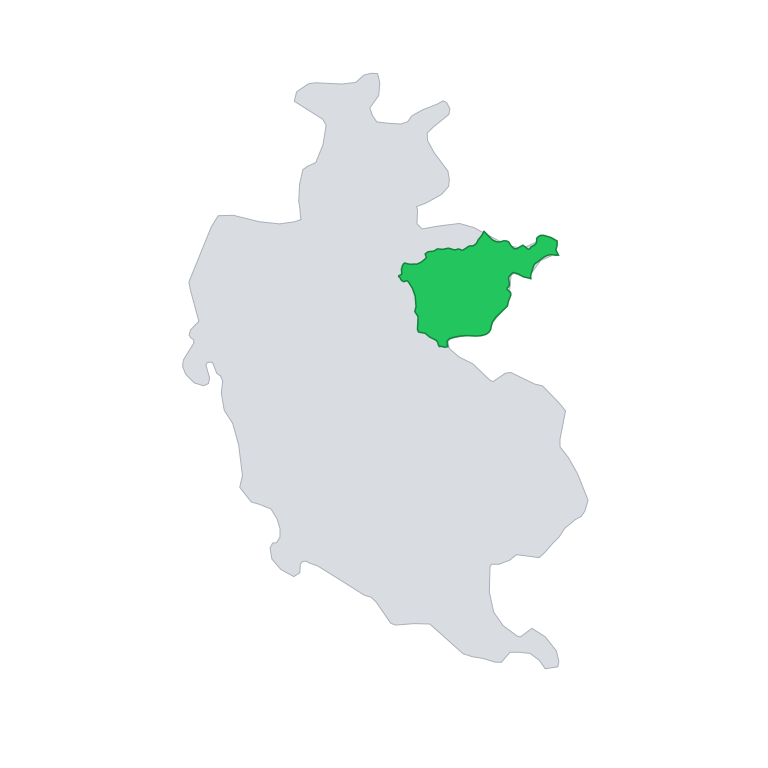 Ticino on a map of Switzerland (orthographic projection), rotated 260°
{"feature_id": "CHE-168", "entity_name": "Ticino", "entity_type": "Canton", "adm_level": 1, "iso_a3": "CHE", "parent_name": "Switzerland", "parent_adm1": "", "projection": "orthographic", "projection_center": [8.86, 46.227], "detail": "fine", "context": "in_parent", "style": "filled", "palette": "green", "viewbox_px": 768, "rotation_deg": 260, "n_neighbors": 0, "source": "natural_earth", "source_scale": "10m", "svg_char_len": 4686}
<svg xmlns="http://www.w3.org/2000/svg" viewBox="0 0 768 768"><g transform="rotate(260 384 384)"><path d="M564.6,238.6L568.7,241.2L578.5,249.9L576.3,264.9L565.5,289.2L559.8,308.9L559.3,323.9L560.4,330.9L562.4,330.8L573.0,331.8L578.4,331.7L595.5,335.6L609.3,341.4L612.0,347.6L613.9,355.3L630.3,365.5L649.0,372.0L655.3,369.7L678.0,344.8L687.0,348.7L692.7,361.6L692.6,368.5L686.7,394.6L685.9,408.6L691.6,417.7L692.3,424.9L690.8,431.5L681.5,432.2L669.0,428.9L658.3,417.9L650.3,419.3L643.5,422.3L640.1,433.0L637.1,445.8L638.2,452.8L643.3,458.1L647.3,469.7L650.3,484.6L652.6,491.4L650.3,494.5L643.7,496.7L638.2,494.7L628.4,477.0L623.8,470.2L616.3,469.1L603.0,473.6L582.6,483.9L574.3,483.9L567.3,481.9L560.7,473.5L555.0,457.1L553.1,446.9L549.2,447.2L536.1,444.3L530.1,448.4L530.1,465.2L529.0,486.1L522.5,499.6L504.2,523.0L497.5,533.2L494.8,540.5L494.3,546.9L497.1,557.9L501.0,568.4L497.8,574.3L488.0,577.5L481.2,571.1L478.5,559.8L463.6,544.3L470.4,531.3L469.3,528.1L444.8,521.3L434.2,511.5L419.5,494.2L416.8,486.8L417.5,462.9L416.7,457.1L414.8,454.2L407.6,454.4L397.6,462.6L388.4,475.0L369.4,488.9L367.4,491.8L373.6,505.6L373.3,510.9L357.7,532.5L354.7,539.7L335.0,553.1L326.0,558.1L299.0,547.7L291.5,546.4L279.3,552.9L262.0,559.0L234.2,564.8L224.2,559.9L219.4,555.4L217.2,548.7L210.5,536.9L202.9,529.8L197.6,522.2L190.6,513.7L186.1,506.7L192.9,484.9L188.6,477.0L186.5,465.9L187.9,458.5L185.5,456.6L160.9,451.6L140.3,452.4L125.3,459.3L112.9,471.1L111.4,473.7L112.0,475.9L117.7,487.3L107.1,498.8L91.2,507.4L80.1,508.0L75.3,506.0L75.6,493.3L84.9,489.0L93.4,481.0L96.6,469.5L97.9,461.4L89.5,451.2L90.8,445.1L96.6,433.8L100.0,423.8L104.6,415.1L122.1,401.3L139.7,387.4L142.8,372.1L144.6,353.5L147.2,349.1L170.5,338.5L176.3,334.3L179.4,328.0L198.0,307.5L216.3,287.2L220.1,280.3L223.2,276.3L223.3,272.9L221.1,270.3L212.7,268.3L210.0,261.7L219.4,250.1L231.1,243.2L242.3,243.3L246.7,246.7L246.3,250.6L251.1,254.9L259.5,256.5L270.0,255.2L280.5,251.0L287.0,240.6L290.9,232.8L307.3,224.0L318.4,228.7L349.2,230.3L371.7,228.1L385.8,222.1L403.3,222.2L415.0,225.7L417.1,225.2L420.3,224.4L423.5,221.2L434.5,219.0L436.0,216.2L435.6,213.4L433.6,211.9L420.0,213.3L414.9,211.1L413.6,206.1L418.0,197.4L428.0,190.4L436.4,188.7L442.5,190.6L457.3,203.8L460.8,204.2L462.9,201.9L466.0,200.5L471.1,203.1L476.9,211.3L477.8,212.6L511.0,209.6L518.4,209.6L541.0,223.8L564.6,238.6Z" fill="#d9dde1" stroke="#a8b0b8" stroke-width="1"/><path d="M456.8,521.9L456.1,521.6L455.3,522.0L453.1,523.9L452.1,524.5L449.7,524.4L443.3,520.6L440.6,519.6L439.2,518.9L430.5,505.9L426.6,501.9L422.8,499.9L419.2,498.5L416.7,496.3L415.2,493.1L414.7,488.2L415.2,483.1L417.5,472.8L418.0,467.0L417.9,461.0L417.4,456.5L415.5,453.7L411.6,453.0L409.7,453.4L409.7,452.5L409.6,451.0L409.9,449.7L410.5,448.3L411.2,446.9L411.3,446.5L411.3,446.1L411.1,445.7L411.2,445.2L411.6,444.8L412.8,444.4L416.0,444.1L418.3,442.6L422.3,437.1L426.9,433.3L427.2,432.3L427.7,431.0L428.8,427.8L429.2,427.3L429.6,426.9L430.7,426.6L432.2,426.5L444.3,429.3L450.0,426.9L454.6,429.0L465.2,430.0L473.3,428.6L480.2,425.8L481.5,424.8L481.8,424.1L481.8,423.5L481.5,422.9L481.3,422.0L481.5,421.0L482.5,419.6L483.5,419.0L484.5,418.6L485.9,418.3L487.0,417.2L487.8,417.2L488.2,417.5L488.3,418.5L488.7,419.5L489.4,420.7L494.1,421.1L494.7,421.4L495.7,422.0L497.2,422.6L499.1,424.4L499.4,424.8L499.5,425.5L499.2,426.2L498.2,428.2L497.8,429.3L497.4,430.8L497.1,432.0L496.9,434.4L496.7,435.5L496.4,436.3L496.3,436.9L497.2,440.7L497.6,441.8L498.0,442.7L499.4,445.2L500.9,447.4L501.9,447.8L502.2,447.7L502.8,447.4L504.9,447.1L506.5,450.1L506.5,451.3L506.5,452.9L506.2,455.1L506.4,456.7L507.0,458.1L507.6,459.5L507.8,460.3L507.4,461.2L507.0,463.1L506.4,464.8L506.6,470.8L506.1,472.2L504.0,476.2L503.8,477.5L503.9,478.9L504.1,480.1L503.9,481.1L503.3,482.4L502.2,483.7L502.1,484.6L502.4,485.5L503.5,488.3L504.9,491.2L505.0,491.9L505.0,492.9L504.6,495.5L504.9,496.6L505.4,497.6L506.5,499.4L507.4,500.2L509.7,501.8L512.6,505.3L513.8,506.5L516.9,508.8L517.0,508.9L517.0,509.0L506.9,515.9L504.4,519.7L503.8,522.3L504.2,526.8L503.7,529.3L502.6,531.1L501.3,531.9L498.3,532.9L494.7,535.6L494.1,537.9L496.6,544.9L492.0,549.1L491.7,549.6L491.6,550.1L491.7,550.6L492.0,551.1L493.5,552.6L494.7,556.3L496.0,558.2L497.3,558.9L500.3,559.5L501.7,560.4L503.2,563.7L502.7,567.1L499.3,573.8L494.8,579.3L490.6,578.6L486.1,576.5L481.8,577.8L480.6,578.2L481.1,575.1L481.9,572.8L482.5,570.3L482.2,566.8L481.5,564.2L480.3,561.6L477.9,557.3L476.5,554.1L475.6,552.8L474.7,552.1L466.7,547.8L464.6,547.1L462.2,546.9L462.4,546.4L463.0,545.4L465.4,539.8L469.4,534.9L471.4,530.3L467.9,525.6L465.8,524.9L461.6,524.9L459.4,524.6L458.3,523.9L457.3,522.0L456.8,521.9Z" fill="#22c55e" stroke="#15803d" stroke-width="1.5"/></g></svg>